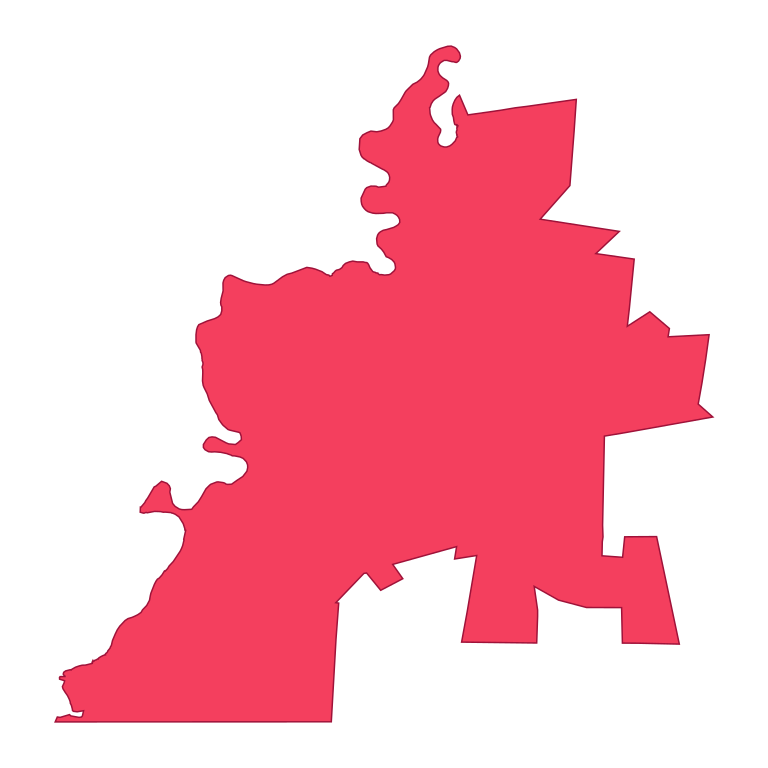 outline of Marqués de Comillas, Chiapas, Mexico
{"feature_id": "50627088B45409409089099", "entity_name": "Marqués de Comillas", "entity_type": "district", "adm_level": 2, "iso_a3": "MEX", "parent_name": "Mexico", "parent_adm1": "Chiapas", "projection": "albers", "projection_center": [-90.792, 16.274], "detail": "fine", "context": "isolated", "style": "filled", "palette": "rose", "viewbox_px": 768, "rotation_deg": 0, "n_neighbors": 0, "source": "geoboundaries", "source_scale": "gbopen_adm2", "svg_char_len": 6031}
<svg xmlns="http://www.w3.org/2000/svg" viewBox="0 0 768 768"><path d="M55.2,721.9L331.3,721.8L336.0,639.2L338.7,603.1L335.8,602.7L363.9,573.4L366.6,573.0L380.7,590.3L402.8,578.7L392.7,564.4L456.6,546.6L454.6,559.0L476.7,555.5L467.1,612.2L461.6,642.1L536.7,643.0L537.6,616.3L537.6,610.0L534.2,586.4L558.5,600.1L586.5,607.5L621.6,607.6L622.4,643.1L638.7,643.2L679.3,644.1L656.6,536.6L624.7,536.8L622.6,557.3L602.0,555.8L602.3,541.8L603.0,536.9L602.6,525.2L604.4,436.1L624.9,432.7L712.8,417.0L698.2,404.1L701.9,383.4L705.7,359.3L709.1,334.7L668.1,336.8L669.4,328.5L649.8,311.8L627.3,326.3L629.4,308.0L634.2,259.1L595.8,253.6L619.3,231.4L540.2,219.2L569.9,185.6L574.1,131.3L576.3,99.4L526.8,106.4L515.3,107.8L501.0,110.2L467.9,114.9L459.5,95.2L456.8,97.4L454.9,100.2L453.3,103.8L452.4,107.0L452.2,109.4L452.3,114.3L453.4,117.3L453.9,121.0L454.6,123.9L454.9,124.5L455.5,124.8L456.8,124.6L457.3,125.1L456.7,125.6L457.0,126.4L457.8,126.2L457.5,127.1L456.8,127.8L457.0,129.7L456.8,130.7L456.5,131.0L456.3,132.4L456.7,134.2L457.1,134.9L456.8,135.1L457.1,136.3L457.6,136.9L456.7,137.5L455.3,140.8L452.1,144.2L449.8,145.9L446.6,147.0L444.4,147.0L443.1,146.7L441.0,146.0L439.8,145.2L438.5,143.8L437.8,142.1L437.7,138.9L438.2,136.9L440.4,132.2L440.7,130.4L440.6,129.2L436.1,124.4L434.2,122.6L432.4,119.9L430.6,115.5L430.1,113.6L429.6,107.6L430.1,107.3L431.3,103.7L433.3,100.6L435.3,98.8L439.3,96.2L445.7,91.6L447.6,88.3L448.4,85.6L448.6,83.3L448.1,82.0L446.8,80.5L442.6,77.8L440.1,75.5L438.9,73.7L437.9,71.0L437.9,67.7L438.3,66.0L439.1,64.5L439.9,63.3L441.0,62.3L444.1,60.4L447.0,60.4L452.0,61.7L453.3,61.7L455.7,62.4L456.7,62.4L458.6,61.0L460.1,58.4L460.4,56.2L459.4,52.7L456.6,48.9L454.7,47.5L451.2,46.1L447.6,46.3L439.7,48.7L437.3,49.8L434.2,51.7L430.6,55.0L429.5,57.1L428.4,64.0L427.6,67.0L424.3,74.5L423.5,75.8L421.2,78.7L419.7,80.1L417.0,82.2L412.8,84.3L406.4,90.6L405.2,92.2L401.1,99.5L399.3,102.3L398.4,103.6L394.2,107.8L393.3,109.8L393.4,119.9L392.6,121.9L390.1,125.8L388.3,127.8L385.9,129.3L381.1,131.0L376.8,131.8L370.9,131.1L367.0,132.7L362.7,135.0L359.9,138.7L359.2,149.5L361.0,155.2L362.0,156.9L363.8,158.7L364.0,158.6L367.1,160.9L369.8,162.4L370.9,162.7L371.8,163.4L382.3,169.1L384.1,169.9L386.9,171.8L388.2,173.2L389.2,175.3L389.7,177.5L389.5,180.0L389.1,181.5L388.3,182.8L386.3,185.1L385.9,186.2L378.5,187.2L376.0,186.2L370.9,186.1L366.8,187.6L365.2,189.2L361.1,198.1L361.2,201.3L361.7,204.2L362.6,206.3L364.3,208.6L366.1,210.4L368.1,211.7L372.6,213.1L375.9,213.5L383.2,213.3L386.5,212.8L392.6,212.8L395.4,214.2L397.1,215.4L398.4,217.0L399.6,219.4L399.8,222.4L398.3,224.6L396.4,225.9L393.7,227.4L386.8,229.5L383.2,230.3L380.4,231.8L378.7,233.3L377.6,235.1L376.6,238.7L377.1,244.0L378.0,246.0L381.5,249.2L383.8,252.2L386.2,256.7L388.5,257.6L391.7,259.5L394.0,261.9L394.9,263.7L395.5,267.3L395.3,269.1L394.2,270.8L390.5,274.1L388.8,274.7L384.7,275.1L381.4,274.6L379.4,274.7L378.0,273.6L377.9,273.1L375.7,272.8L375.2,272.3L373.4,271.9L372.7,271.5L370.0,267.8L368.7,264.8L367.8,263.4L366.9,262.6L365.1,262.4L363.2,261.9L357.4,261.9L352.8,261.1L349.3,261.9L345.5,263.4L343.2,265.5L342.0,267.6L339.5,269.4L336.4,270.2L335.3,271.0L333.4,273.2L332.5,273.6L332.2,275.4L329.9,276.3L328.9,275.1L326.3,274.6L322.0,271.7L315.6,269.2L312.0,268.2L306.8,267.4L291.8,273.1L287.1,274.3L282.5,276.8L273.9,283.2L271.9,284.2L268.8,284.9L265.0,285.0L256.7,284.2L253.4,283.6L246.1,281.7L243.2,280.7L232.0,275.6L230.5,275.2L228.4,275.5L225.2,277.6L223.7,280.3L223.0,283.0L223.1,290.9L221.2,298.3L220.6,302.4L220.9,305.0L221.8,306.9L221.8,310.8L220.7,314.5L217.9,317.0L214.5,318.7L207.2,321.0L198.9,324.6L197.6,326.7L196.6,329.8L196.0,334.7L196.0,342.1L196.2,343.1L200.4,350.3L200.6,352.2L201.3,353.3L202.0,357.1L201.9,358.0L202.2,359.6L202.1,360.5L202.8,362.1L203.0,363.3L202.9,364.7L202.1,367.0L202.7,369.5L202.8,372.7L202.5,380.9L203.2,385.4L204.0,387.4L207.2,393.8L209.3,400.5L215.9,412.7L217.4,414.8L218.8,419.5L222.0,424.0L223.2,425.4L228.0,429.5L230.0,430.2L238.9,432.3L240.1,433.0L241.2,436.3L241.4,439.7L238.0,442.7L235.4,444.5L228.7,443.9L226.0,442.8L215.5,437.3L212.0,436.9L208.9,437.5L206.3,439.9L203.4,444.5L203.4,447.5L205.0,449.7L208.5,451.7L211.5,452.0L214.7,451.8L220.7,452.3L227.4,453.7L227.8,454.0L230.9,455.0L232.2,455.8L234.7,455.9L240.1,457.0L243.2,458.4L246.4,461.8L247.6,464.9L247.7,467.6L246.9,471.2L242.8,476.5L237.2,480.2L231.6,484.2L227.5,484.4L226.0,484.1L224.7,483.1L223.1,482.6L218.2,481.9L216.7,482.0L210.7,484.3L209.5,485.3L206.0,488.8L201.6,496.6L198.3,501.8L193.5,506.8L191.7,509.3L184.6,509.7L181.9,509.6L179.3,509.0L175.1,506.4L172.6,503.4L169.8,492.1L170.4,488.7L169.3,485.8L167.0,483.3L161.6,481.3L155.8,486.2L154.2,486.9L147.7,498.0L145.8,500.6L144.8,502.6L140.9,507.2L140.4,507.1L140.2,512.2L143.2,513.1L144.2,513.1L146.1,512.4L147.1,512.8L154.6,511.4L160.5,511.6L163.3,512.2L165.2,512.1L171.0,512.6L171.9,513.1L172.8,513.2L175.1,514.2L179.0,516.9L183.2,523.6L184.8,528.6L184.9,530.1L185.7,530.3L183.7,539.4L184.0,539.9L182.7,545.5L181.6,548.3L180.2,551.2L173.3,561.5L169.1,566.0L167.6,568.6L165.2,571.1L164.5,570.9L162.1,574.8L159.3,578.0L157.4,579.2L156.0,581.2L154.4,584.3L150.9,593.2L150.3,595.8L149.5,600.3L146.7,605.5L142.5,609.9L141.1,612.4L137.8,614.7L135.2,616.0L132.0,617.4L128.0,618.6L126.5,619.6L125.1,620.5L119.9,626.0L117.3,629.8L115.3,633.9L112.5,640.5L111.4,645.3L110.4,647.0L110.0,648.2L107.8,650.9L107.7,651.5L106.8,652.8L106.3,653.0L105.1,654.4L105.4,654.8L103.3,655.4L101.1,656.5L99.1,657.7L98.5,658.3L98.2,659.0L97.7,658.9L96.3,659.8L94.8,660.3L94.0,661.1L93.2,661.3L92.9,660.6L92.2,662.1L92.6,662.2L92.3,663.4L85.4,665.1L82.2,665.2L79.3,665.9L75.5,667.2L71.8,669.3L71.0,670.1L70.3,669.7L65.6,670.9L63.7,672.3L63.2,674.1L64.4,675.9L65.6,676.5L60.1,676.6L59.5,677.5L59.6,679.2L64.6,680.7L64.1,682.9L62.4,686.6L63.0,688.8L65.3,692.5L67.5,695.6L69.2,699.1L70.2,701.8L70.3,703.2L71.4,705.4L72.4,709.2L72.4,710.2L73.3,711.3L77.2,711.8L83.6,710.7L82.4,715.9L81.5,717.0L79.1,717.4L70.8,715.9L69.5,714.6L60.1,717.4L57.3,717.0L55.2,721.9Z" fill="#f43f5e" stroke="#9f1239" stroke-width="1.5"/></svg>